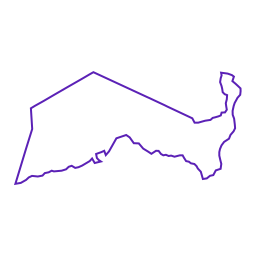 Tamandaré, Pernambuco, Brazil (Natural Earth projection)
{"feature_id": "56859067B61914387336292", "entity_name": "Tamandaré", "entity_type": "district", "adm_level": 2, "iso_a3": "BRA", "parent_name": "Brazil", "parent_adm1": "Pernambuco", "projection": "natural_earth1", "projection_center": [-35.18, -8.746], "detail": "fine", "context": "isolated", "style": "outline", "palette": "violet", "viewbox_px": 256, "rotation_deg": 0, "n_neighbors": 0, "source": "geoboundaries", "source_scale": "gbopen_adm2", "svg_char_len": 1681}
<svg xmlns="http://www.w3.org/2000/svg" viewBox="0 0 256 256"><path d="M15.4,183.8L20.8,182.9L26.1,179.9L28.8,177.4L32.0,175.9L37.8,176.5L42.5,175.6L44.8,173.1L48.7,172.3L51.7,170.7L53.9,171.4L61.6,170.7L66.1,169.3L68.7,166.8L71.7,165.8L75.2,167.9L78.5,167.2L82.1,165.6L89.7,161.1L92.1,158.5L94.7,163.0L100.9,161.5L98.7,160.0L96.9,158.0L96.1,154.0L98.5,153.1L101.4,152.1L104.2,150.8L105.8,155.1L109.0,151.4L116.4,138.3L126.2,135.0L129.7,137.4L131.6,140.1L133.8,143.2L138.8,143.4L143.2,148.6L148.1,151.6L151.4,153.8L156.0,150.8L158.6,150.9L161.0,154.0L163.3,155.3L165.9,154.8L168.7,156.0L171.1,155.6L174.5,156.7L180.0,155.3L182.6,155.3L184.0,157.8L186.1,161.1L188.9,161.7L190.9,163.3L194.4,164.0L196.6,166.2L197.8,168.5L200.8,171.7L201.7,174.8L202.9,179.0L206.8,178.4L210.0,175.8L213.3,175.1L215.8,170.4L220.6,168.8L221.3,163.9L220.3,160.0L219.3,155.6L219.3,152.1L220.0,149.0L221.5,145.4L224.1,141.9L226.4,140.4L229.0,138.7L230.5,134.9L233.6,131.3L235.1,128.2L234.8,124.4L234.1,118.6L232.7,114.8L232.6,110.9L233.7,105.9L234.7,102.9L236.1,100.4L237.5,97.8L240.2,94.8L240.6,91.1L240.5,88.4L238.2,86.2L235.6,83.8L232.4,81.1L233.9,76.6L231.9,75.1L227.7,73.6L221.1,72.7L221.6,75.4L220.7,78.2L220.1,82.1L221.5,85.9L222.2,88.8L222.7,92.2L224.7,94.2L227.1,95.1L226.8,99.3L225.8,103.2L226.2,106.2L226.8,109.7L225.0,112.4L221.6,112.6L220.8,115.4L218.6,116.3L215.2,117.3L212.7,117.9L210.5,119.9L205.2,120.7L201.6,121.7L198.1,122.7L194.6,122.7L192.3,118.3L167.2,106.5L164.6,105.2L152.2,99.4L149.7,98.2L147.2,97.1L93.4,72.2L89.0,74.7L85.6,76.7L82.0,78.8L66.8,87.5L53.5,95.2L43.6,101.0L35.0,105.8L30.9,108.3L32.2,129.0L25.9,149.2L15.4,183.8Z" fill="none" stroke="#5b21b6" stroke-width="2"/></svg>